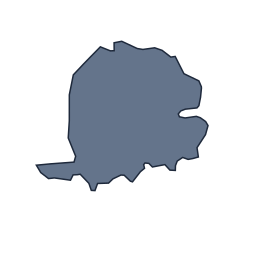 Nde, Ouest, Cameroon, rotated 123°
{"feature_id": "32672807B46712188555835", "entity_name": "Nde", "entity_type": "district", "adm_level": 2, "iso_a3": "CMR", "parent_name": "Cameroon", "parent_adm1": "Ouest", "projection": "natural_earth1", "projection_center": [10.622, 5.088], "detail": "fine", "context": "isolated", "style": "filled", "palette": "slate", "viewbox_px": 256, "rotation_deg": 123, "n_neighbors": 0, "source": "geoboundaries", "source_scale": "gbopen_adm2", "svg_char_len": 993}
<svg xmlns="http://www.w3.org/2000/svg" viewBox="0 0 256 256"><g transform="rotate(123 128 128)"><path d="M209.1,184.6L212.9,176.9L213.7,167.1L210.0,162.6L203.1,147.8L197.2,148.5L194.8,145.1L192.8,142.9L195.7,130.7L200.3,124.8L198.5,121.6L191.1,123.3L184.8,114.3L178.8,112.9L171.3,108.3L169.7,105.5L171.3,97.0L170.7,94.9L157.9,93.8L152.8,92.2L150.2,94.9L148.1,94.7L146.3,91.2L147.4,86.3L138.6,77.1L140.5,69.9L137.8,65.2L133.7,67.7L128.9,68.7L122.9,66.1L121.6,60.5L118.3,57.0L114.0,53.2L106.9,59.4L91.3,59.4L82.4,62.2L80.3,66.4L80.0,72.9L81.0,77.0L88.5,85.6L90.6,91.0L88.8,93.5L84.9,93.0L81.0,90.2L73.6,81.1L70.7,80.7L62.7,83.9L54.6,88.1L53.4,89.0L49.9,94.2L51.3,105.1L52.0,110.7L42.3,127.4L45.2,130.7L44.3,141.7L46.2,149.3L54.0,158.3L56.3,163.5L58.7,180.5L64.1,186.1L70.7,181.7L72.9,184.8L75.0,195.4L80.0,196.4L88.3,198.1L98.4,200.1L113.2,202.8L132.1,195.3L154.0,181.1L168.9,172.7L180.2,156.5L186.0,154.7L200.3,173.5L209.1,184.6Z" fill="#64748b" stroke="#1e293b" stroke-width="1.5"/></g></svg>